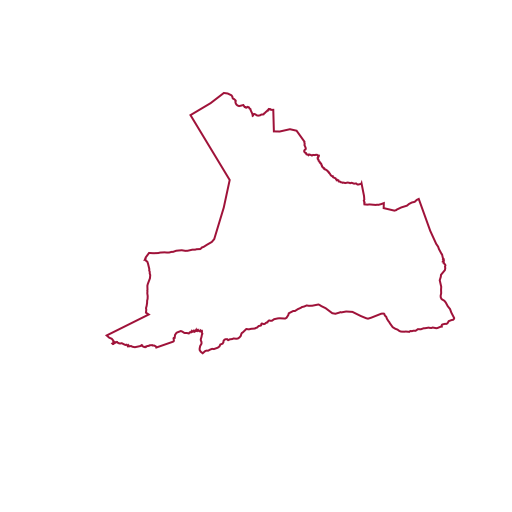 outline of Cochinoca, Jujuy, Argentina, rotated 59°
{"feature_id": "61730980B75559747618877", "entity_name": "Cochinoca", "entity_type": "district", "adm_level": 2, "iso_a3": "ARG", "parent_name": "Argentina", "parent_adm1": "Jujuy", "projection": "albers", "projection_center": [-66.066, -23.06], "detail": "fine", "context": "isolated", "style": "outline", "palette": "rose", "viewbox_px": 512, "rotation_deg": 59, "n_neighbors": 0, "source": "geoboundaries", "source_scale": "gbopen_adm2", "svg_char_len": 6137}
<svg xmlns="http://www.w3.org/2000/svg" viewBox="0 0 512 512"><g transform="rotate(59 256 256)"><path d="M311.9,351.8L311.3,348.4L311.7,347.0L312.5,345.8L312.6,343.5L313.0,341.4L314.1,340.0L314.9,336.0L314.7,333.9L313.5,332.2L313.9,329.8L313.2,328.4L312.1,327.6L311.5,326.2L311.6,325.1L312.5,323.5L313.7,323.3L313.9,323.0L313.9,321.5L314.9,319.2L315.2,317.6L316.8,315.5L317.4,314.0L317.3,312.2L316.7,310.3L315.0,308.4L314.7,307.7L314.7,306.7L313.6,301.9L315.2,299.9L315.9,297.7L317.6,294.3L317.5,293.6L317.9,292.0L317.4,289.8L318.1,287.7L318.0,287.2L317.1,286.6L316.9,285.7L318.4,284.4L318.6,283.8L318.7,283.2L318.4,282.1L318.8,280.4L318.3,280.0L318.0,277.9L319.1,276.8L319.7,275.6L319.5,273.0L320.8,269.2L321.6,267.7L324.6,263.3L324.7,261.7L324.3,260.9L323.3,258.8L322.0,257.4L322.3,252.5L323.2,250.9L323.1,247.5L323.5,244.3L323.4,243.0L324.1,240.8L324.5,238.0L325.8,236.5L327.5,233.6L329.7,227.5L330.6,226.8L332.6,225.8L336.6,223.2L344.3,220.1L346.4,217.7L347.5,213.5L347.6,212.6L348.3,211.9L350.0,207.3L353.6,202.1L361.4,197.1L366.1,193.6L367.4,192.3L368.2,189.1L370.0,178.2L371.2,176.1L371.8,175.9L373.4,176.2L375.1,175.7L377.3,176.1L380.4,176.0L381.3,175.8L382.5,175.9L387.4,175.5L390.1,174.1L392.0,172.6L394.2,171.7L395.5,170.6L397.2,168.0L397.9,166.5L400.0,163.6L399.8,162.6L400.0,161.9L400.7,161.2L401.1,159.6L402.3,157.7L402.1,154.9L403.7,152.5L404.3,149.5L404.9,148.5L406.3,144.9L407.2,144.0L408.1,142.6L408.3,141.4L410.8,138.6L411.2,137.5L411.7,134.2L412.2,133.1L411.1,132.6L410.7,131.9L410.8,131.1L411.4,129.2L412.3,127.7L412.3,127.0L412.1,126.1L411.1,124.4L411.6,121.5L412.2,119.8L411.9,118.8L411.3,118.1L405.0,117.7L401.4,117.0L397.8,117.5L393.6,117.3L391.4,117.6L388.6,119.1L386.8,119.0L385.3,118.3L383.2,116.4L380.3,114.8L377.8,113.1L371.4,111.0L369.0,108.3L367.4,107.1L365.4,101.4L363.9,100.0L362.5,99.5L361.5,98.4L360.5,98.3L359.8,98.6L359.0,98.5L358.4,98.8L358.0,98.3L357.5,98.3L357.3,98.0L356.9,98.5L356.2,97.2L355.8,97.4L355.3,96.9L355.0,97.2L354.7,96.8L354.1,96.9L350.4,95.7L350.0,95.9L344.2,95.6L341.8,95.1L338.4,95.3L324.2,93.7L290.9,87.1L290.7,89.3L291.3,92.1L290.4,94.9L290.2,98.0L290.6,100.7L289.2,106.4L288.7,111.5L288.9,112.1L288.4,114.0L280.7,121.9L276.5,119.2L276.0,121.9L275.2,124.7L274.4,125.8L273.9,127.1L270.2,132.2L269.4,134.0L267.6,136.5L266.1,135.8L265.9,135.3L264.1,135.1L263.4,134.1L260.2,132.5L248.0,128.1L248.3,128.5L248.2,129.1L247.3,131.8L246.8,132.3L245.4,132.8L244.5,134.7L242.5,136.3L242.1,137.8L241.6,138.1L240.3,139.5L239.4,142.0L238.2,143.1L237.9,144.0L237.2,144.4L236.5,145.3L235.5,145.7L234.7,146.7L233.5,146.4L233.0,146.9L232.7,147.7L232.1,147.4L231.6,147.9L230.4,147.8L228.3,149.3L227.6,149.4L227.2,149.1L226.5,149.8L225.4,150.3L223.3,150.3L222.5,150.6L222.0,150.3L221.1,150.8L220.3,150.7L219.9,151.0L219.1,151.1L218.1,151.6L217.3,152.3L216.5,152.3L216.4,152.7L215.6,152.9L215.3,152.6L213.6,153.3L212.9,153.2L212.3,152.8L211.4,153.0L210.5,152.6L209.7,153.0L209.2,152.8L208.6,153.2L207.9,152.9L206.5,153.3L205.5,152.8L204.7,153.1L203.7,152.7L203.7,152.1L203.4,151.7L202.9,151.6L202.8,150.8L202.3,150.4L201.6,151.2L200.7,151.6L200.1,152.5L199.8,153.6L198.7,155.1L198.7,156.3L197.4,157.1L197.2,157.5L196.4,158.1L196.6,159.1L195.8,159.2L195.5,159.8L194.8,160.4L193.6,160.1L193.2,160.5L191.9,160.9L190.9,160.7L190.4,160.2L190.1,159.5L190.1,158.6L189.7,158.1L188.7,157.7L185.8,157.3L185.0,156.5L183.6,156.1L183.0,155.6L169.5,156.7L164.8,161.6L161.5,171.6L158.4,176.5L139.6,165.9L138.9,167.2L138.1,168.1L137.6,168.0L137.3,168.3L137.0,168.7L137.2,169.0L136.6,169.4L137.0,170.5L137.5,170.9L137.2,171.6L137.6,172.4L137.5,173.0L138.0,174.8L138.0,175.6L138.5,176.6L137.5,178.6L137.5,180.1L136.8,181.9L135.7,183.0L134.4,183.5L133.2,184.5L133.2,185.3L134.1,186.2L134.1,186.6L132.2,185.9L128.4,185.5L127.2,185.1L126.2,185.6L125.0,185.5L123.9,186.3L124.0,187.7L123.5,188.3L122.9,188.2L122.5,189.0L120.1,189.1L118.8,193.3L117.5,194.3L116.4,194.7L115.0,194.8L113.5,194.4L112.9,194.0L112.7,193.5L112.2,193.4L110.1,194.0L109.6,194.5L108.7,194.7L107.1,194.2L105.6,194.3L102.1,196.6L99.7,199.6L101.6,216.2L101.5,239.6L177.3,239.4L197.9,258.7L220.0,283.1L221.2,286.7L221.1,292.1L221.2,296.2L220.8,298.1L221.1,298.7L221.3,300.3L219.6,303.4L219.3,304.7L217.8,307.3L216.3,311.9L215.2,313.9L212.8,316.7L211.2,320.0L210.4,321.7L209.7,325.1L209.0,326.2L208.3,328.6L207.3,330.4L205.7,332.6L203.7,336.4L203.1,338.3L200.8,342.5L198.3,346.1L200.4,351.2L201.7,352.9L201.8,352.3L202.7,353.0L204.9,352.1L206.9,352.5L212.3,354.2L213.2,354.9L215.0,355.3L216.0,356.0L217.9,356.5L220.5,358.4L224.3,363.2L225.5,364.4L229.2,366.5L229.5,366.9L230.8,367.5L231.8,368.3L234.6,369.5L236.9,371.0L238.2,372.3L240.1,373.5L242.5,375.5L244.0,377.1L245.5,377.7L247.9,379.5L250.9,378.1L247.2,424.9L250.4,423.9L252.6,422.3L255.0,421.9L255.3,421.9L255.6,422.3L256.8,422.3L256.9,422.5L256.7,422.6L257.3,423.0L257.0,423.5L257.0,424.2L257.8,424.0L258.0,423.5L257.6,422.6L257.8,421.8L257.0,421.5L257.8,420.4L258.1,419.9L258.0,419.5L258.2,419.3L258.9,419.4L259.8,418.6L260.2,418.5L261.0,417.6L261.6,416.0L264.3,414.3L265.2,413.5L265.3,412.7L265.5,412.5L267.0,411.9L267.0,412.3L267.4,412.4L267.6,411.9L267.2,411.3L268.1,411.3L268.8,409.5L270.1,408.7L271.8,406.8L273.6,401.6L273.5,399.8L273.7,399.7L274.0,400.2L274.9,399.7L276.3,398.8L276.6,398.6L276.7,397.6L277.3,397.4L277.1,395.7L277.9,394.1L277.7,393.4L278.1,392.5L279.1,390.7L279.6,390.6L280.2,389.5L281.6,388.6L282.1,388.4L283.1,388.6L286.7,371.4L286.7,370.5L286.0,369.8L284.1,369.1L283.9,368.8L284.3,367.9L282.0,366.1L281.1,364.3L280.9,363.1L281.6,359.1L282.7,358.2L285.1,357.0L286.4,354.9L287.8,353.5L287.3,352.1L287.9,351.3L287.7,351.0L288.0,350.9L288.1,350.1L287.6,349.7L288.0,349.6L288.0,349.3L288.5,348.9L288.6,348.6L287.9,348.1L288.0,347.9L288.6,348.1L289.3,347.7L289.2,347.4L288.5,347.1L289.1,346.6L288.6,345.6L289.1,345.8L289.2,345.5L289.7,345.5L290.0,345.2L289.3,344.3L289.3,343.8L290.6,343.7L291.8,342.9L292.0,342.2L291.4,341.8L291.9,341.6L292.2,340.9L292.6,341.0L293.8,341.9L295.0,342.0L295.8,343.1L297.2,344.3L298.9,346.2L300.1,346.8L301.6,347.0L303.1,347.9L304.4,350.2L306.2,351.9L307.5,352.7L309.5,352.7L311.9,351.8Z" fill="none" stroke="#9f1239" stroke-width="2"/></g></svg>